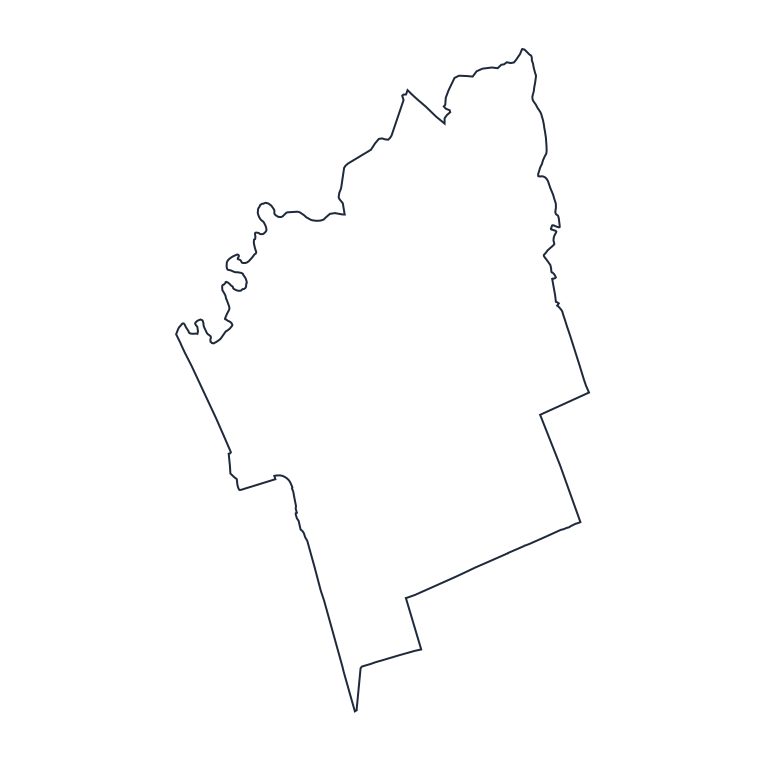 Darmanesti, Dâmbovita, Romania, rotated 86°
{"feature_id": "2599482B65798609307970", "entity_name": "Darmanesti", "entity_type": "district", "adm_level": 2, "iso_a3": "ROU", "parent_name": "Romania", "parent_adm1": "Dâmbovita", "projection": "equal_earth", "projection_center": [25.758, 44.92], "detail": "fine", "context": "isolated", "style": "outline", "palette": "slate", "viewbox_px": 768, "rotation_deg": 86, "n_neighbors": 0, "source": "geoboundaries", "source_scale": "gbopen_adm2", "svg_char_len": 6101}
<svg xmlns="http://www.w3.org/2000/svg" viewBox="0 0 768 768"><g transform="rotate(86 384 384)"><path d="M708.5,435.9L707.8,434.5L707.7,434.6L707.4,434.1L666.0,427.2L665.0,426.4L664.3,425.7L662.3,416.6L661.0,412.1L659.6,405.5L655.6,387.6L652.4,372.2L651.4,365.4L599.0,377.1L598.8,375.8L596.7,368.2L581.0,325.1L573.4,305.6L561.7,272.9L561.6,272.3L561.2,272.1L561.1,271.7L555.5,255.8L555.2,255.4L554.9,254.4L554.9,254.1L554.3,252.1L553.2,248.6L552.7,247.4L548.2,234.9L541.8,217.7L541.7,217.0L541.6,216.3L541.4,215.2L540.3,211.8L539.8,209.3L538.8,207.6L536.8,202.7L536.4,200.6L535.5,197.7L477.8,213.9L425.6,230.4L406.8,180.1L399.8,182.6L393.4,184.3L378.3,187.8L348.2,195.1L339.1,197.5L332.4,199.1L327.9,200.3L324.5,201.0L323.6,201.3L322.7,201.8L320.1,203.6L318.5,205.0L317.9,205.8L315.8,204.0L314.8,205.2L314.1,206.4L314.0,206.8L307.4,207.1L290.8,208.9L290.6,208.2L290.8,207.7L290.6,206.9L290.3,206.0L290.1,205.1L290.4,204.9L288.3,205.6L286.5,206.5L284.6,208.1L284.3,209.0L282.8,209.3L281.8,209.2L279.8,209.3L276.8,209.8L270.3,213.8L269.8,214.3L267.4,215.6L266.6,215.6L266.0,215.2L265.5,214.5L264.0,213.0L262.4,211.8L260.0,208.8L258.5,206.7L257.6,205.7L257.1,205.0L256.4,204.4L256.1,204.3L252.8,204.9L251.1,204.7L249.7,204.4L247.9,203.7L244.7,201.7L243.9,201.5L243.2,202.1L242.8,202.9L242.3,204.3L241.7,205.5L241.6,206.2L241.3,206.6L240.6,206.6L238.2,205.5L237.5,205.1L237.4,204.3L237.6,204.1L237.8,203.3L239.0,201.0L239.9,198.7L239.8,197.9L239.1,197.7L238.3,197.7L230.6,198.1L228.5,198.6L228.1,198.8L226.8,200.4L226.1,200.8L225.3,201.0L224.3,201.1L220.0,200.2L216.1,200.0L210.8,201.3L207.0,202.1L199.5,204.6L193.3,206.2L191.4,207.1L190.4,207.7L189.3,208.7L188.6,209.7L188.1,210.7L187.8,212.0L187.8,213.2L187.9,213.8L187.7,214.4L187.6,215.3L187.2,215.7L185.8,215.6L184.6,215.3L181.7,214.1L179.8,213.5L177.1,212.1L175.8,211.2L171.9,209.8L168.0,207.7L166.4,206.6L165.4,206.0L162.7,205.5L158.5,205.3L149.8,205.3L143.4,205.8L139.9,206.2L135.6,206.5L134.6,206.7L132.4,206.9L125.4,208.4L123.4,209.2L119.2,211.6L115.8,213.1L112.6,215.1L111.1,215.7L109.8,216.0L108.4,216.0L107.6,215.9L105.8,215.4L105.1,215.1L102.2,214.1L99.3,213.6L93.4,212.1L87.6,210.9L85.9,211.0L85.1,211.4L78.9,212.6L74.8,213.0L73.1,213.5L71.5,213.9L68.6,213.8L67.0,214.2L66.5,214.5L66.0,215.2L65.6,215.8L60.2,220.5L60.0,221.0L59.9,222.1L59.5,222.4L59.7,223.0L64.4,225.3L69.8,229.6L72.3,231.9L72.7,235.4L71.6,239.0L73.5,242.0L73.7,244.7L76.9,248.6L75.8,254.3L76.3,263.7L78.5,269.8L83.5,274.1L82.5,280.4L81.7,287.7L83.6,292.3L95.5,299.1L102.7,302.4L109.7,303.4L111.3,305.0L113.7,303.1L115.5,299.4L117.5,299.0L120.1,302.5L123.1,305.0L128.4,305.4L121.0,313.3L110.4,322.8L102.5,330.8L97.5,335.6L92.5,340.0L96.7,341.8L96.7,344.5L97.7,345.7L102.2,344.7L136.8,359.2L138.9,360.8L140.6,362.8L139.9,366.3L138.9,368.6L139.1,372.0L143.2,376.0L149.4,380.7L161.6,404.6L163.6,407.2L165.6,408.7L184.2,412.8L186.3,413.4L190.3,415.3L193.5,416.0L194.9,416.2L196.7,415.4L200.8,412.5L212.2,411.4L211.9,414.0L210.1,420.9L210.5,426.1L213.6,430.2L215.8,432.8L216.6,436.2L216.5,440.0L215.9,443.2L215.2,445.4L212.2,450.0L210.2,451.8L207.0,455.8L206.1,458.1L206.0,468.4L206.5,469.7L209.7,473.4L210.3,475.1L209.9,477.8L208.4,479.9L207.2,481.1L206.0,481.5L204.3,481.3L202.5,481.4L198.3,483.9L195.9,486.7L195.0,489.3L195.3,490.8L195.7,491.6L195.8,493.4L197.0,495.2L198.3,495.7L199.7,496.9L201.2,497.6L202.3,497.6L204.2,498.0L205.9,497.8L208.8,496.9L211.1,495.7L212.7,494.3L213.4,493.3L214.8,492.4L218.0,491.1L220.2,490.6L222.0,490.5L223.1,490.8L224.4,492.0L225.3,493.1L225.9,494.2L226.0,495.4L225.9,496.7L225.5,497.5L224.6,498.5L224.2,499.9L224.0,501.2L224.4,502.0L225.0,502.2L226.5,502.2L228.0,502.0L230.0,502.3L230.4,502.5L230.6,503.1L231.0,503.6L233.6,504.0L235.2,503.9L238.7,503.4L241.4,502.8L242.9,502.3L244.2,502.4L244.9,502.8L245.8,504.3L248.2,506.3L252.0,510.2L253.2,512.2L253.6,514.0L253.5,516.0L253.0,517.3L250.8,518.3L250.0,519.2L249.3,520.9L249.0,521.2L248.1,521.0L246.9,520.1L246.2,519.8L245.7,519.9L244.9,520.4L244.6,521.2L244.8,522.1L246.2,525.9L247.3,527.9L248.2,529.3L249.6,531.0L251.5,532.2L253.5,532.6L256.3,532.8L258.1,532.5L259.1,531.9L260.1,528.6L261.4,526.3L262.2,524.2L262.3,522.3L263.2,518.7L263.7,517.8L264.4,517.0L265.3,516.8L268.3,515.0L269.6,514.5L272.1,513.9L273.5,513.8L274.1,514.3L277.5,514.9L278.7,515.7L279.4,517.0L279.6,518.7L280.4,519.5L280.9,520.3L280.9,522.4L280.3,524.5L278.7,527.2L277.8,527.8L276.4,528.1L275.9,528.6L275.3,529.5L272.6,531.8L271.5,533.3L271.1,534.1L271.3,534.8L271.8,534.8L273.7,536.9L274.0,538.0L274.9,538.6L277.5,538.7L279.1,538.7L282.8,536.8L284.5,536.1L285.3,535.9L287.9,535.6L288.9,535.1L294.0,533.6L296.3,533.0L297.8,532.9L299.3,533.4L303.0,535.7L307.3,537.9L308.0,538.1L308.4,537.8L308.4,537.2L310.0,535.5L310.9,533.7L311.7,532.7L313.0,531.7L314.5,531.1L315.5,531.6L318.0,534.0L319.6,536.3L320.5,538.2L327.2,543.6L328.3,544.9L330.4,548.4L331.6,551.2L331.1,552.9L330.4,553.3L329.9,554.0L327.8,554.2L325.5,553.4L324.4,553.6L323.0,555.0L322.2,556.1L320.9,557.1L315.0,559.4L313.1,559.9L310.7,559.9L308.4,560.4L307.6,561.0L306.9,562.5L307.3,564.1L308.1,566.0L309.5,567.7L310.4,568.2L312.0,567.7L313.2,566.7L314.2,566.2L318.6,565.9L320.9,566.6L320.6,567.9L320.6,571.1L320.2,573.4L319.5,574.6L318.8,575.1L317.6,575.4L313.4,577.7L310.5,578.8L309.6,579.7L309.6,580.8L310.4,581.7L311.4,582.6L313.2,584.5L314.4,585.3L319.9,587.9L328.9,584.2L331.1,583.5L339.1,580.4L352.5,574.7L406.5,553.9L423.8,547.7L441.4,541.5L442.5,542.4L442.7,543.8L455.6,543.4L462.6,543.5L466.6,539.8L468.6,537.5L473.9,537.3L476.5,536.9L479.2,536.0L479.7,535.3L479.5,533.3L479.0,531.5L471.4,499.0L468.0,499.8L467.8,498.0L467.8,495.6L467.9,494.2L468.3,492.6L468.7,491.4L469.6,489.8L470.6,488.3L471.8,487.0L473.3,485.7L474.8,484.8L476.3,484.1L480.5,482.7L480.9,482.6L481.6,483.1L484.2,482.3L485.8,481.9L488.4,481.7L499.7,480.3L501.7,480.7L502.8,480.7L506.4,479.9L506.7,481.0L507.8,481.2L511.8,480.3L514.7,478.7L523.1,477.4L523.6,477.2L524.2,476.4L525.2,475.5L526.9,474.5L527.8,474.2L530.8,473.5L532.3,472.9L535.1,471.5L562.5,465.9L585.7,461.5L595.8,458.9L662.9,445.2L668.3,444.3L708.5,435.9Z" fill="none" stroke="#1e293b" stroke-width="2"/></g></svg>